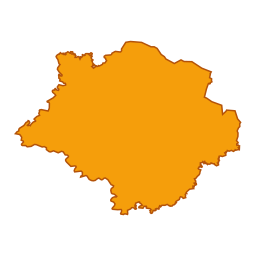 Kalētu pag., Priekules, Latvia
{"feature_id": "27541924B96386637120748", "entity_name": "Kalētu pag.", "entity_type": "district", "adm_level": 2, "iso_a3": "LVA", "parent_name": "Latvia", "parent_adm1": "Priekules", "projection": "mercator", "projection_center": [21.495, 56.335], "detail": "fine", "context": "isolated", "style": "filled", "palette": "amber", "viewbox_px": 256, "rotation_deg": 0, "n_neighbors": 0, "source": "geoboundaries", "source_scale": "gbopen_adm2", "svg_char_len": 5746}
<svg xmlns="http://www.w3.org/2000/svg" viewBox="0 0 256 256"><path d="M201.8,68.2L191.9,61.7L184.0,61.5L181.0,59.9L174.3,63.5L165.9,59.0L164.4,56.7L161.2,54.5L157.1,48.4L154.2,46.8L151.0,46.8L141.6,42.4L130.5,41.5L125.8,42.3L121.5,49.0L121.6,50.7L121.0,51.6L120.3,52.0L115.3,51.4L112.0,53.2L111.6,54.3L110.8,54.9L105.6,55.3L104.2,56.3L104.1,57.0L104.4,57.7L105.6,58.3L105.7,59.3L106.6,60.7L104.8,63.0L103.0,63.0L102.4,64.4L99.5,65.9L98.5,65.6L98.4,66.1L97.1,66.5L96.6,65.9L95.7,65.7L95.6,66.6L93.5,68.2L91.8,66.5L92.9,66.0L92.7,65.0L92.9,64.8L93.9,65.7L94.6,64.9L92.8,63.3L92.1,61.1L91.8,60.9L92.8,60.4L92.9,59.8L92.0,59.5L91.2,57.9L91.1,57.3L92.1,56.6L92.1,56.1L90.3,55.6L92.0,54.4L92.2,53.5L91.4,52.9L90.7,52.9L89.0,54.5L88.5,54.2L88.7,53.7L88.1,53.6L85.9,53.6L85.2,54.1L84.9,54.5L85.0,55.3L84.6,55.5L82.5,54.6L82.3,54.8L82.6,56.4L81.2,57.5L80.9,56.8L80.4,56.8L80.6,57.8L80.0,59.1L79.1,57.1L78.1,56.5L76.3,57.4L75.1,57.4L75.8,55.5L74.7,54.9L75.2,54.4L75.0,54.0L74.0,54.5L73.8,53.6L72.7,53.9L73.0,53.4L72.6,51.8L70.7,51.7L70.4,52.7L70.9,52.7L71.0,53.4L69.9,53.2L69.7,52.7L67.8,51.8L66.1,53.1L65.2,53.0L65.1,53.5L65.8,54.5L65.4,54.7L64.7,54.0L64.1,54.5L63.6,53.7L63.4,54.2L63.0,54.2L62.5,53.4L61.4,53.6L60.3,52.7L59.4,54.1L58.8,54.0L57.1,55.1L56.1,56.4L56.5,57.6L57.9,59.6L59.0,63.7L60.0,64.5L57.7,67.8L57.4,69.3L59.1,72.0L62.1,75.0L61.9,75.9L61.0,76.1L59.9,75.3L59.5,74.5L58.9,74.4L58.6,75.1L58.9,76.9L58.8,78.1L60.1,79.2L59.7,80.9L62.7,81.9L63.7,83.2L65.3,83.3L65.7,84.2L65.6,85.1L62.9,85.7L58.9,84.7L57.3,87.0L57.5,87.9L58.8,89.2L58.7,89.9L58.3,90.4L56.8,90.0L55.3,88.5L55.0,88.6L54.7,90.1L53.3,90.0L52.5,90.6L52.3,91.1L52.7,92.3L55.1,94.4L55.7,95.4L53.1,97.9L47.1,101.3L47.4,102.1L48.9,102.3L49.4,103.4L49.3,108.2L48.1,111.0L41.3,109.6L39.8,109.9L39.3,110.5L39.5,111.8L38.8,113.3L39.6,115.3L36.9,116.5L34.2,118.8L34.1,119.2L34.4,119.6L35.5,120.4L35.5,121.3L33.3,122.0L31.0,124.3L30.3,125.7L29.1,125.1L28.0,125.7L27.4,125.3L28.9,124.0L29.8,122.5L28.8,120.8L28.1,120.6L27.7,121.6L26.0,122.5L23.9,125.5L19.5,128.3L18.9,129.2L18.7,131.0L17.1,131.7L15.4,133.7L19.7,134.5L21.5,136.9L21.7,137.6L21.2,140.2L23.1,141.0L23.5,142.0L21.5,144.2L21.7,145.1L22.4,145.5L25.8,145.6L27.2,146.8L31.1,146.4L34.4,144.5L36.2,144.6L42.2,147.0L44.2,146.6L46.4,147.7L46.4,149.6L49.2,151.7L50.7,151.9L53.5,150.8L58.2,152.8L61.5,151.3L63.3,151.9L65.2,154.9L67.5,155.1L68.5,156.2L68.3,157.0L66.2,158.8L65.6,159.8L65.7,160.8L66.6,162.1L70.9,166.4L74.7,165.9L76.0,166.3L76.1,167.2L74.7,169.1L74.2,170.8L74.7,171.9L81.1,171.1L82.1,171.9L82.5,172.8L82.3,173.8L82.4,175.4L80.8,176.2L80.6,177.1L86.0,175.5L87.1,176.1L89.2,179.4L91.4,180.5L93.3,180.8L95.2,180.4L97.5,178.6L98.9,178.1L101.3,179.8L102.5,179.6L104.1,178.2L105.3,178.0L107.9,179.7L111.1,184.6L113.6,185.8L113.3,187.0L111.4,188.5L111.0,189.4L110.8,190.6L111.4,193.0L112.1,193.7L114.3,194.2L116.8,196.3L116.3,196.9L114.3,196.9L112.4,197.7L110.9,199.5L110.8,200.6L111.1,201.1L113.7,202.1L115.0,203.9L114.5,205.6L112.4,208.0L112.1,208.8L112.8,209.3L117.8,209.7L121.1,209.5L121.5,210.0L121.6,210.8L121.3,212.2L120.6,213.5L120.9,214.1L123.5,214.5L124.3,213.9L125.7,213.9L127.5,214.4L127.7,213.8L127.5,210.3L130.7,208.9L131.6,207.7L132.9,207.6L134.0,208.0L135.1,209.2L136.0,209.1L136.4,208.5L135.2,206.6L136.0,206.3L136.1,205.7L135.0,205.5L135.2,204.7L135.7,204.2L135.6,203.2L138.8,201.9L139.5,202.0L139.5,202.8L140.7,203.4L142.2,205.2L139.5,206.3L138.8,207.2L139.0,207.8L143.0,208.2L144.1,206.3L146.4,206.3L146.5,206.6L146.2,207.6L146.4,208.1L150.1,208.7L151.1,209.6L151.0,210.0L149.9,210.7L150.6,211.5L150.2,212.5L151.1,213.4L152.0,213.2L152.8,211.9L153.1,210.4L154.9,210.8L156.6,209.6L155.5,209.8L155.3,209.3L155.4,209.0L156.7,208.5L157.6,208.9L158.2,208.4L158.8,209.1L159.1,208.9L159.0,207.5L159.7,205.7L160.5,206.0L160.4,206.7L160.6,206.9L161.9,205.3L165.0,205.3L167.2,204.4L169.1,205.7L169.8,205.6L170.1,206.2L172.2,206.0L173.1,204.9L174.1,204.8L175.4,203.7L175.1,203.5L175.2,203.1L176.3,202.5L175.8,201.9L176.2,201.3L179.3,199.5L180.0,197.3L180.6,196.7L182.4,197.3L183.2,198.4L185.7,197.6L185.3,196.8L185.6,195.5L185.2,194.5L185.8,193.7L186.7,193.6L186.1,192.8L187.0,191.5L189.6,189.2L193.6,188.6L193.0,187.9L193.0,186.3L194.1,186.8L194.3,185.6L196.4,184.6L196.3,183.7L195.2,184.2L194.2,183.2L195.7,182.8L195.5,182.0L195.8,181.1L195.1,180.3L194.5,178.7L195.7,178.5L197.3,176.4L199.0,174.9L199.7,173.7L200.1,171.5L200.8,169.9L198.6,169.1L198.2,168.3L199.0,167.2L199.8,167.0L199.6,166.6L200.5,166.3L200.6,166.9L201.7,167.3L202.2,166.8L201.3,165.0L200.3,164.9L200.4,162.8L201.9,162.7L202.8,161.6L203.8,163.3L204.2,162.0L204.7,161.5L205.1,162.7L204.9,163.2L205.7,163.5L205.5,162.8L205.6,162.7L206.2,163.4L206.7,163.2L207.5,164.5L208.0,164.0L209.3,164.2L210.8,163.7L210.9,163.0L211.4,163.0L213.2,163.8L214.3,163.7L214.5,164.5L216.5,165.8L218.5,164.9L218.5,164.3L217.5,163.0L218.5,162.7L218.3,161.8L219.3,160.7L218.5,160.0L219.1,159.4L219.0,158.9L218.5,159.3L218.2,159.0L218.5,158.0L219.2,157.6L219.0,157.0L219.1,156.3L220.8,156.0L222.3,156.5L225.8,155.3L225.8,153.8L225.2,153.6L224.8,152.8L226.1,152.6L226.3,152.3L226.0,151.8L227.0,151.4L227.3,150.5L229.1,151.2L231.4,150.4L233.5,151.4L234.9,150.4L235.2,149.7L235.9,150.2L238.2,149.6L239.3,149.8L239.4,148.2L238.8,148.3L238.4,147.7L239.4,147.6L239.5,145.9L238.8,145.9L238.3,145.1L237.0,145.4L236.7,144.4L236.8,143.8L237.7,143.4L238.1,142.5L236.5,140.6L237.9,136.5L238.0,132.9L237.3,131.4L237.3,130.5L238.6,127.7L239.8,126.6L239.7,123.8L240.6,122.4L237.6,118.9L235.0,110.8L226.6,110.1L226.0,111.3L222.6,114.4L221.7,105.3L211.8,101.7L206.6,98.1L204.4,97.2L206.5,88.8L208.1,84.3L208.5,83.5L209.7,83.9L210.2,83.5L210.2,82.7L211.9,81.8L211.5,80.7L211.6,78.8L209.6,77.7L210.4,73.8L210.2,73.7L211.2,71.9L201.8,68.2Z" fill="#f59e0b" stroke="#b45309" stroke-width="1.5"/></svg>